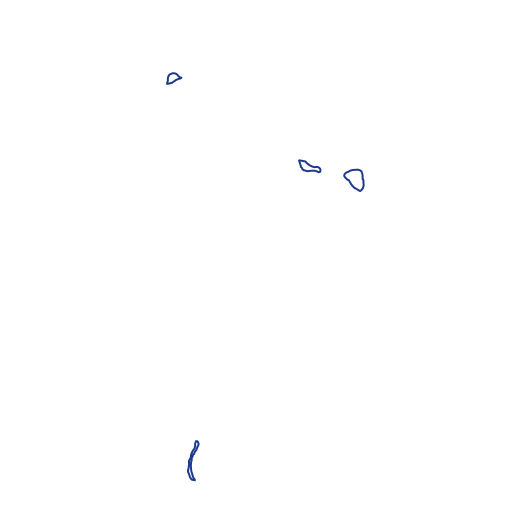 Ulithi, Federated States of Micronesia, rotated 344°
{"feature_id": "79324940B95008512359217", "entity_name": "Ulithi", "entity_type": "district", "adm_level": 2, "iso_a3": "FSM", "parent_name": "Federated States of Micronesia", "parent_adm1": "", "projection": "natural_earth1", "projection_center": [139.729, 9.995], "detail": "fine", "context": "isolated", "style": "outline", "palette": "blue", "viewbox_px": 512, "rotation_deg": 344, "n_neighbors": 0, "source": "geoboundaries", "source_scale": "gbopen_adm2", "svg_char_len": 1924}
<svg xmlns="http://www.w3.org/2000/svg" viewBox="0 0 512 512"><g transform="rotate(344 256 256)"><path d="M376.9,200.9L373.7,200.2L372.1,199.9L370.0,200.0L368.3,200.4L366.8,200.6L365.5,200.8L364.4,201.3L363.3,202.2L362.9,203.6L363.3,204.9L364.8,207.7L366.0,208.6L366.4,209.3L366.5,210.3L367.0,212.0L367.1,212.7L367.4,213.5L368.1,215.3L368.8,216.6L369.6,218.0L370.4,218.5L373.7,222.1L374.2,222.2L375.2,221.9L377.4,220.3L379.0,217.8L379.2,216.7L379.5,215.1L379.8,214.3L380.1,212.5L380.1,212.0L379.8,211.7L380.2,209.3L380.5,208.7L380.8,206.8L380.8,205.1L380.6,203.6L379.9,202.6L378.7,201.7L377.5,201.0L376.9,200.9ZM324.1,176.0L323.7,176.2L323.9,181.9L323.7,182.7L324.3,183.6L324.7,185.6L325.1,186.3L325.7,186.8L327.3,187.6L328.2,188.4L329.8,188.9L331.1,189.1L333.3,189.4L335.7,190.2L337.2,190.9L339.2,192.6L340.4,192.9L341.1,192.5L341.7,190.8L341.7,189.9L341.1,188.7L340.0,187.5L338.6,187.0L336.5,186.7L334.7,185.5L333.0,184.0L331.9,182.8L330.5,180.8L329.6,178.8L324.1,176.0ZM148.6,418.0L147.4,417.5L146.2,418.9L145.5,420.4L145.2,421.9L143.8,424.1L141.9,425.5L140.0,427.5L138.4,429.9L138.4,430.3L137.4,432.2L135.3,434.2L135.0,434.6L134.2,437.8L132.9,441.0L132.2,442.2L131.5,443.4L131.2,444.6L131.3,445.3L131.7,450.8L132.1,452.0L132.6,453.2L134.1,454.1L135.3,454.6L135.5,454.0L134.7,452.1L134.6,450.7L134.6,448.0L134.5,445.3L134.7,443.6L135.7,439.1L136.9,436.0L137.6,435.1L138.6,432.4L139.2,431.9L140.8,429.6L141.9,429.2L143.1,427.5L145.3,425.9L146.3,424.4L148.8,421.5L149.0,420.6L149.0,419.0L148.6,418.0ZM218.1,65.6L218.1,66.0L218.6,66.2L219.1,66.2L223.0,66.4L223.4,66.1L225.0,65.7L228.0,64.6L229.3,64.6L230.1,64.4L230.8,64.4L231.7,64.5L233.1,64.3L233.3,64.0L233.1,63.7L232.0,63.4L231.4,62.3L230.8,61.3L230.4,60.2L229.9,59.4L228.7,58.3L227.4,57.7L226.6,57.4L223.8,57.5L222.7,57.9L221.6,58.8L220.9,59.7L220.2,61.2L219.6,63.0L219.0,64.3L218.7,64.7L218.3,65.0L218.1,65.6Z" fill="none" stroke="#1e3a8a" stroke-width="2"/></g></svg>